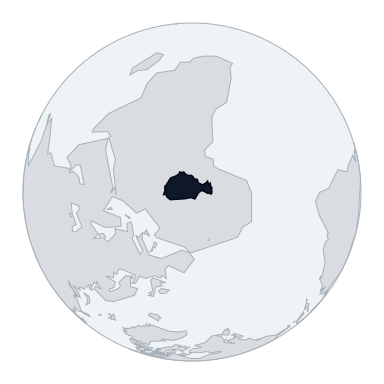 the Earth from above Niger, rotated 210°
{"feature_id": "NER", "entity_name": "Niger", "entity_type": "country or territory", "adm_level": 0, "iso_a3": "NER", "parent_name": "Africa", "parent_adm1": "", "projection": "orthographic", "projection_center": [6.366, 17.607], "detail": "fine", "context": "on_globe", "style": "filled", "palette": "ink", "viewbox_px": 384, "rotation_deg": 210, "n_neighbors": 0, "source": "natural_earth", "source_scale": "50m", "svg_char_len": 11263}
<svg xmlns="http://www.w3.org/2000/svg" viewBox="0 0 384 384"><g transform="rotate(210 192 192)"><circle cx="192" cy="192" r="169" fill="#eef3f6" stroke="#a8b0b8"/><path d="M168.8,24.6L155.3,27.1L151.7,28.2L133.2,35.0L136.1,34.3L130.8,37.1L132.1,37.6L128.3,39.2L132.7,38.2L135.9,36.7L138.9,35.9L140.0,36.2L135.3,38.1L134.1,38.3L133.3,39.0L130.5,39.9L132.4,39.6L126.7,42.3L133.9,40.2L130.6,42.8L126.3,44.4L124.8,43.5L111.2,46.7L106.5,49.0L101.2,52.6L95.5,60.5L91.0,63.7L86.4,68.6L89.7,66.9L94.5,62.6L99.5,61.1L104.8,56.6L107.7,55.6L113.9,51.7L115.0,53.2L112.7,57.1L107.6,60.5L106.4,62.5L113.0,60.3L105.1,68.5L102.7,77.2L100.4,79.5L93.0,81.3L88.8,77.9L79.1,82.1L87.4,80.7L81.6,87.3L81.5,89.1L83.0,89.8L86.0,87.9L84.5,90.7L75.7,92.7L77.0,90.1L79.8,89.4L77.7,88.1L71.8,90.4L69.3,94.0L62.9,95.1L61.1,97.9L58.7,100.0L62.0,95.3L55.8,104.1L48.0,109.7L39.4,126.0L45.6,111.6L46.4,108.4L46.7,106.5L45.2,109.0L47.6,104.3L54.4,94.0L62.0,84.1L70.3,74.8L79.3,66.1L89.0,58.1L99.1,50.8L109.8,44.4L121.0,38.7L132.5,33.9L144.4,29.9L156.5,26.8L168.8,24.6ZM35.0,129.6L35.3,128.8L35.1,130.0L30.3,143.0L35.0,129.6ZM30.1,143.5L29.0,149.8L26.2,160.8L25.2,168.1L25.8,168.7L26.1,173.8L28.1,168.7L30.5,167.6L28.8,177.0L31.5,169.9L31.9,175.9L37.8,180.7L36.9,182.4L41.6,197.9L49.6,207.4L51.4,215.4L50.2,219.2L53.6,222.0L53.7,224.8L69.9,235.3L80.3,245.4L81.4,255.0L75.5,263.6L76.8,284.3L68.0,287.0L70.2,294.8L71.1,304.0L65.1,299.9L71.4,307.2L72.0,309.2L69.4,307.4L72.9,311.5L71.2,310.0L75.2,313.9L77.0,315.8L68.5,307.3L60.6,298.3L53.4,288.7L52.6,287.5L37.4,257.6L34.4,250.3L30.0,239.3L24.2,211.3L23.6,202.9L23.3,197.4L24.5,187.0L25.6,173.5L25.5,170.6L24.6,174.2L25.7,162.4L27.9,151.6L28.2,150.7L30.1,143.5ZM36.8,131.3L35.7,144.0L33.9,142.2L34.7,141.3L35.5,136.8L36.1,131.5L35.3,130.8L36.8,131.3ZM41.7,124.6L41.7,123.1L42.0,123.9L41.7,124.6ZM112.9,51.2L113.3,51.4L111.9,52.0L112.9,51.2ZM115.1,49.3L113.1,49.8L113.9,49.1L115.1,48.8L115.1,49.3ZM117.3,49.0L115.5,47.7L116.9,46.4L122.6,44.4L117.3,49.0ZM136.5,36.2L133.1,37.7L134.9,36.2L136.5,36.2ZM136.9,35.4L138.3,32.9L143.8,31.0L142.2,32.0L148.6,29.8L150.7,30.1L147.6,31.4L143.6,32.5L147.4,31.8L136.9,35.4ZM140.2,35.5L140.0,35.0L144.8,33.3L146.1,34.0L144.1,34.3L140.2,35.5ZM149.3,29.2L153.1,28.2L155.8,28.2L157.6,27.8L151.2,29.9L149.3,29.2ZM143.6,34.8L146.6,34.5L145.4,35.6L140.8,35.9L143.6,34.8ZM145.5,32.6L147.8,31.9L146.9,32.5L145.5,32.6ZM142.5,40.1L142.2,39.2L144.6,38.1L142.5,40.1ZM147.9,34.3L148.3,33.9L149.2,33.5L150.9,33.5L147.9,34.3ZM153.5,29.9L153.9,30.1L156.3,29.0L158.4,29.1L153.7,30.6L156.6,30.0L157.3,30.1L152.7,31.3L153.5,29.9ZM155.4,32.4L150.2,34.8L150.3,36.5L148.1,37.4L148.3,34.5L155.4,32.4ZM154.2,31.6L154.5,32.2L151.6,32.9L149.7,32.8L154.2,31.6ZM161.5,28.8L159.5,28.2L160.6,27.9L161.5,28.8ZM156.0,32.7L157.3,32.2L156.4,32.8L156.0,32.7ZM160.5,29.8L159.6,29.5L160.9,29.2L160.5,29.8ZM160.5,31.4L158.8,32.1L157.4,32.0L160.5,31.4ZM160.9,30.6L162.9,30.2L158.0,31.6L160.3,30.5L160.9,30.6ZM161.8,29.5L162.3,29.3L162.0,29.7L161.8,29.5ZM166.6,31.6L160.8,33.4L157.8,33.0L163.9,31.3L166.6,31.6ZM95.7,330.8L95.9,330.9L97.5,332.0L95.7,330.8ZM356.1,151.9L356.0,151.4L358.6,163.6L358.6,163.8L359.4,168.9L359.3,168.4L357.5,158.0L353.6,144.4L354.3,149.4L352.4,143.4L347.2,133.7L347.1,140.7L348.2,161.5L351.4,177.3L350.4,186.0L341.7,166.7L336.0,152.5L334.0,155.5L324.2,145.9L310.3,151.0L307.4,147.7L305.0,150.6L297.9,148.6L293.0,143.0L289.2,144.6L301.9,159.2L306.0,157.6L307.9,149.8L310.8,155.5L317.6,159.0L313.6,176.4L291.5,196.5L287.7,185.0L262.6,156.0L262.5,152.2L262.3,151.8L261.9,151.1L261.2,157.4L256.4,151.7L271.5,172.5L274.7,182.1L291.2,197.3L290.1,199.5L294.9,202.3L308.3,194.0L308.8,198.0L303.4,218.4L283.3,247.9L285.1,263.7L282.1,277.5L267.7,288.8L267.0,298.6L259.2,303.2L257.4,308.8L250.1,315.3L238.6,321.9L221.1,323.7L221.5,319.1L215.1,310.3L206.9,287.0L212.9,275.2L212.0,266.2L199.2,246.2L202.1,234.3L198.3,229.5L190.6,231.0L186.0,225.2L181.2,225.1L150.3,229.1L140.0,221.0L125.6,196.2L130.5,186.8L129.9,175.5L162.8,138.4L171.5,140.6L199.4,134.9L203.2,136.0L201.7,144.8L224.1,153.9L229.2,146.1L247.6,149.9L258.7,148.0L259.4,131.5L241.2,134.1L236.2,126.8L249.3,118.0L264.9,116.5L263.4,113.7L252.0,108.7L254.0,102.9L247.9,106.6L251.6,109.1L247.8,111.8L244.2,109.7L245.1,107.6L239.9,107.0L237.2,118.1L240.6,121.9L228.1,125.4L232.6,132.2L229.8,135.9L221.1,125.9L220.7,122.0L205.9,112.1L205.2,116.4L219.1,126.3L215.4,125.8L214.5,132.6L212.3,127.0L197.3,115.9L185.0,119.3L171.9,136.4L164.2,138.0L156.4,134.8L158.5,118.1L175.6,116.5L176.6,111.3L170.8,104.2L176.5,104.6L176.2,101.7L182.5,101.0L189.1,93.9L195.1,92.9L195.5,84.5L198.6,83.0L197.5,88.2L199.9,91.6L214.6,89.9L216.8,88.0L215.9,82.9L220.0,83.4L217.3,78.7L224.6,76.0L213.3,75.7L211.9,70.5L215.2,66.2L212.7,64.7L207.4,71.8L207.1,74.8L210.1,77.3L207.6,86.4L203.0,88.4L198.0,79.2L190.9,81.2L190.1,73.9L204.9,58.0L212.2,54.9L228.9,59.4L228.4,62.5L222.2,62.3L230.0,66.8L228.4,64.3L231.8,65.0L231.4,60.9L233.8,61.2L229.2,57.0L232.1,57.0L235.0,59.6L236.8,54.3L242.3,53.6L241.6,52.3L239.2,51.1L247.7,51.5L246.8,50.6L243.6,50.0L239.7,47.9L236.1,44.6L239.3,44.9L241.0,46.1L249.4,49.5L253.5,53.2L254.4,53.1L251.6,50.0L241.4,45.7L238.3,43.7L243.3,45.2L241.2,44.5L240.7,43.6L243.1,43.2L237.8,41.4L227.7,33.1L231.3,32.0L236.9,33.9L233.1,30.2L237.6,30.3L234.7,29.6L230.9,28.1L229.5,28.0L227.8,27.6L217.5,25.0L229.7,27.3L241.7,30.5L253.5,34.6L264.9,39.6L276.0,45.4L286.5,52.0L296.6,59.3L306.1,67.4L315.0,76.1L323.2,85.5L330.7,95.4L337.4,105.9L343.3,116.9L348.5,128.2L352.7,139.9L356.1,151.9ZM153.6,157.5L153.2,160.9L153.2,161.0L153.6,157.5ZM283.0,123.5L291.3,122.1L284.7,113.2L287.4,112.1L284.2,109.7L284.2,112.6L276.0,105.9L278.5,102.3L276.1,98.5L273.2,98.8L269.8,106.6L281.6,116.0L280.9,120.4L283.0,123.5ZM38.0,180.7L38.5,183.1L37.4,182.4L38.0,180.7ZM32.4,145.6L32.8,146.9L32.6,148.8L32.1,148.5L32.4,145.6ZM38.4,154.6L39.4,156.7L37.8,156.1L38.4,154.6ZM35.8,145.9L37.6,153.4L34.6,153.6L33.7,149.1L35.0,149.9L35.8,145.9ZM39.0,129.3L38.9,130.6L38.1,132.0L39.0,129.3ZM41.9,125.2L41.7,125.1L42.3,123.4L41.9,125.2ZM82.1,87.2L82.8,87.1L83.8,88.3L82.2,88.8L82.1,87.2ZM94.9,88.2L92.1,92.7L93.0,89.7L90.3,91.0L88.7,86.6L99.2,80.5L94.7,83.9L94.9,88.2ZM89.5,79.7L89.3,82.7L89.1,79.6L89.5,79.7ZM168.7,88.2L171.6,89.8L170.2,93.1L162.6,95.7L164.5,90.9L168.7,88.2ZM175.9,91.4L173.1,82.3L177.7,80.7L175.6,83.1L178.9,82.9L176.4,86.7L183.6,94.7L182.9,98.2L169.2,100.4L174.1,97.5L171.0,95.9L175.9,91.4ZM157.6,66.2L156.4,63.5L168.0,63.4L167.7,66.1L160.1,68.5L155.9,66.9L157.6,66.2ZM127.9,46.1L126.7,46.0L128.0,45.3L130.1,44.9L127.9,46.1ZM142.2,39.7L134.5,46.7L132.7,46.7L130.3,51.4L124.8,53.3L126.5,50.1L120.4,55.4L119.8,53.4L116.2,57.1L120.6,49.8L119.7,48.5L122.8,49.1L128.0,47.2L129.9,46.0L134.9,41.9L135.6,38.8L140.8,36.8L144.3,36.4L144.9,36.8L141.3,37.8L144.7,37.7L140.0,39.6L142.2,39.7ZM182.2,38.0L177.8,37.9L183.9,40.1L179.2,41.1L180.2,41.3L177.5,43.0L176.0,45.5L173.6,45.8L174.1,46.7L172.3,48.0L172.1,49.4L167.8,50.5L167.2,52.4L165.5,51.8L165.6,55.0L163.6,53.2L161.1,55.0L164.4,55.8L141.4,60.2L133.3,64.2L127.7,68.9L124.9,65.7L128.4,59.7L135.1,53.4L143.2,50.2L140.5,49.7L143.6,48.1L144.5,49.2L145.0,46.6L147.7,45.7L153.7,41.5L152.7,38.9L154.9,37.5L156.7,38.1L157.6,36.3L162.4,36.6L164.1,35.7L170.5,35.3L173.0,37.3L174.7,36.2L179.6,36.2L182.2,38.0ZM168.4,31.6L172.4,33.2L171.9,34.7L160.9,34.9L158.7,35.6L151.7,36.3L152.7,34.2L154.6,34.2L156.7,33.7L155.6,34.5L158.0,33.5L160.8,33.5L163.4,32.8L164.0,33.4L168.4,31.6ZM206.4,132.5L209.1,132.7L213.1,132.0L212.6,136.5L206.4,132.5ZM196.0,125.0L198.3,124.3L199.5,129.8L196.7,129.9L196.0,125.0ZM198.5,119.5L198.3,123.8L196.8,121.5L198.5,119.5ZM199.5,87.5L201.9,86.7L202.5,87.8L201.7,89.7L199.5,87.5ZM199.2,46.7L196.8,45.9L197.2,45.4L194.2,42.7L197.4,42.1L200.5,43.4L199.2,46.7ZM256.9,134.7L254.3,138.2L252.4,137.0L253.6,136.0L256.9,134.7ZM232.9,137.6L238.9,139.0L232.7,138.9L232.9,137.6ZM202.2,45.5L200.6,44.4L203.2,44.8L202.2,45.5ZM199.6,41.5L202.5,41.6L197.4,41.7L199.6,41.5ZM291.1,328.4L290.1,329.4L288.7,330.3L291.1,328.4ZM305.5,269.7L292.0,295.0L285.6,296.7L286.0,290.4L292.1,275.6L300.0,269.7L304.3,262.3L305.5,269.7ZM360.7,183.3L360.2,177.6L360.2,176.3L360.3,176.9L360.7,183.3ZM351.9,178.6L354.4,186.7L353.5,189.3L351.9,178.6ZM227.4,41.3L228.1,45.4L230.6,48.7L235.5,50.6L228.9,50.0L225.0,45.0L227.4,41.3ZM227.3,33.9L223.1,32.8L224.7,32.5L225.8,32.7L227.3,33.9ZM224.9,33.8L220.2,34.0L217.7,32.9L221.9,32.9L224.9,33.8ZM211.4,38.9L211.3,40.1L209.2,39.7L211.4,38.9ZM227.1,27.6L224.8,27.1L225.1,27.0L227.1,27.6ZM218.7,25.9L219.9,26.3L217.3,25.7L218.7,25.9ZM222.9,27.6L219.8,26.5L224.6,27.8L222.9,27.6Z" fill="#d9dde1" stroke="#a8b0b8" stroke-width="1"/><path d="M212.7,203.1L212.2,203.1L211.9,203.2L211.5,203.5L211.1,203.7L210.6,203.9L210.3,204.1L210.0,204.3L209.6,204.7L209.5,205.0L209.1,205.1L208.5,205.1L208.1,204.8L207.3,204.5L206.7,204.4L205.2,204.3L203.8,204.5L203.1,204.6L202.6,204.9L202.2,205.1L201.3,206.0L200.1,206.0L199.4,205.9L198.9,205.8L198.0,205.4L197.0,204.7L196.6,204.6L196.2,204.6L194.8,205.2L194.6,205.2L194.3,205.3L194.1,205.5L193.8,205.6L193.6,205.5L193.4,205.4L192.7,204.5L192.6,204.4L192.4,204.1L192.1,203.8L191.8,203.6L191.7,203.6L190.5,203.3L189.5,203.0L189.3,203.0L189.1,203.1L188.8,203.3L188.4,203.4L187.9,203.4L187.6,203.3L187.1,203.4L186.8,203.5L186.4,203.6L185.9,204.1L185.6,204.2L185.5,205.4L185.3,205.7L185.0,206.2L184.5,206.6L184.2,206.9L184.2,207.3L184.1,207.9L184.1,208.3L184.1,208.5L184.1,208.8L184.1,209.0L184.0,209.3L183.8,209.1L183.6,208.9L183.3,208.8L183.2,208.7L182.7,208.1L182.0,207.3L181.9,207.3L181.7,207.3L181.4,207.5L181.2,207.5L180.8,207.6L180.5,207.7L180.5,207.8L180.6,208.4L180.5,208.7L180.4,208.5L180.0,208.0L179.7,207.6L179.6,207.3L179.8,207.2L180.0,207.2L180.1,206.8L179.9,206.5L179.8,206.3L179.7,206.3L179.3,206.3L179.0,206.5L178.8,206.5L178.5,206.5L178.2,206.5L178.0,206.3L177.5,205.9L176.9,205.4L176.6,205.3L176.6,205.2L176.5,204.9L176.6,204.4L176.8,204.4L177.1,204.4L177.0,204.2L176.7,204.0L176.6,203.7L176.4,203.5L176.2,203.5L176.0,203.4L175.9,203.3L175.7,203.3L175.3,202.8L175.0,202.4L174.9,202.1L174.8,201.9L174.9,201.6L174.6,201.2L174.3,200.9L174.4,200.4L174.5,200.0L174.5,199.8L174.5,199.7L175.1,199.5L175.9,199.6L176.6,199.5L177.1,199.1L177.6,198.7L178.4,198.7L179.2,198.6L179.8,198.6L180.8,198.6L181.6,198.6L182.4,198.6L182.5,198.4L183.3,198.5L183.9,198.6L183.9,198.2L184.5,197.7L184.8,197.7L184.9,197.4L185.0,197.2L185.1,196.9L185.2,196.6L185.3,196.1L185.6,195.6L185.8,195.0L185.9,194.4L185.9,193.9L186.0,193.8L186.0,192.9L186.0,192.0L186.0,191.3L186.0,190.4L186.0,189.6L186.0,188.7L186.0,188.0L186.0,187.4L186.7,187.3L187.3,187.2L188.2,187.0L189.2,186.8L190.3,186.6L190.5,186.5L191.3,185.7L191.7,185.4L192.4,184.7L193.0,184.2L193.7,183.6L194.5,182.9L195.1,182.4L196.0,181.8L197.4,180.9L198.8,179.9L200.2,179.0L201.6,178.1L203.0,177.2L204.4,176.2L205.8,175.3L207.1,174.4L208.5,174.7L209.9,175.0L211.2,175.2L211.6,175.4L212.3,176.0L213.3,176.8L214.2,176.3L215.3,175.6L215.7,177.3L216.0,178.7L216.1,179.7L216.1,179.9L216.2,180.1L216.4,180.2L217.3,181.5L217.2,181.8L217.3,182.2L217.6,182.3L218.3,183.1L218.4,183.3L217.9,184.4L217.9,184.6L217.8,185.8L217.8,186.6L217.8,187.8L217.7,189.2L217.7,190.4L217.6,192.0L217.6,193.4L216.9,194.3L215.7,195.8L214.6,197.0L214.1,197.8L213.1,199.4L212.7,200.4L212.4,200.9L212.2,201.1L212.4,201.9L212.7,203.1Z" fill="#0f172a" stroke="#020617" stroke-width="1.5"/></g></svg>